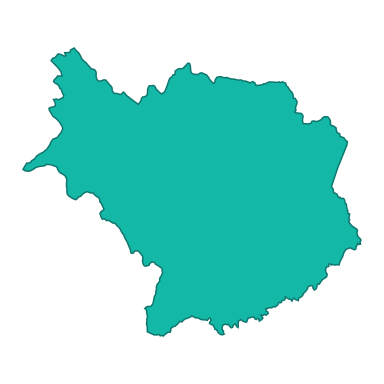 Castro, Paraná, Brazil
{"feature_id": "56859067B62278362506794", "entity_name": "Castro", "entity_type": "district", "adm_level": 2, "iso_a3": "BRA", "parent_name": "Brazil", "parent_adm1": "Paraná", "projection": "natural_earth1", "projection_center": [-49.875, -24.807], "detail": "fine", "context": "isolated", "style": "filled", "palette": "teal", "viewbox_px": 384, "rotation_deg": 0, "n_neighbors": 0, "source": "geoboundaries", "source_scale": "gbopen_adm2", "svg_char_len": 5878}
<svg xmlns="http://www.w3.org/2000/svg" viewBox="0 0 384 384"><path d="M314.4,290.0L316.3,288.6L316.8,287.1L317.1,285.3L318.1,283.8L319.4,284.1L321.0,281.5L322.6,279.5L326.6,276.9L327.2,274.4L325.7,271.6L325.6,268.7L326.9,266.8L328.8,266.4L328.7,264.2L330.3,263.8L331.3,265.1L332.7,264.4L334.2,265.0L336.3,265.0L337.5,264.5L339.0,265.0L339.6,262.8L341.0,259.5L342.3,257.4L344.0,252.4L345.5,250.1L346.5,249.1L350.1,247.8L354.3,249.8L355.8,249.2L356.0,247.0L357.2,245.0L357.6,243.5L358.8,244.4L360.5,244.2L360.0,242.3L361.0,240.1L360.0,238.5L358.2,237.0L357.3,234.8L356.9,232.4L357.5,230.4L356.6,229.0L352.2,226.1L351.0,224.9L348.7,221.7L349.7,219.8L348.8,218.1L349.5,215.5L349.5,213.8L347.9,213.6L347.7,210.4L346.9,208.4L346.2,203.9L344.9,202.7L344.7,200.3L343.6,198.4L341.1,198.5L339.8,197.2L338.6,197.6L336.9,194.1L335.2,193.1L333.6,192.9L333.1,188.9L331.4,186.8L337.5,168.4L346.9,145.0L347.4,141.7L345.1,139.7L343.8,137.7L340.2,136.5L339.7,133.8L337.1,132.6L336.2,129.4L336.0,127.8L333.2,125.9L331.7,125.5L330.5,124.7L330.4,120.9L329.4,118.9L327.9,116.9L324.3,116.7L322.8,117.7L321.1,119.7L318.2,121.2L315.6,121.5L313.5,120.9L312.0,121.3L311.4,122.7L309.8,123.7L307.7,123.9L303.2,123.6L302.6,121.6L302.5,119.2L303.1,116.6L302.5,114.7L301.2,113.4L296.1,112.9L294.7,112.0L296.0,110.3L295.5,108.8L295.8,106.6L296.8,103.8L297.1,101.6L295.3,98.6L293.2,97.8L293.2,95.9L292.6,93.5L291.4,91.7L289.7,90.1L288.0,87.1L286.5,86.0L285.7,83.2L282.4,81.8L280.6,82.7L279.4,81.9L277.2,82.4L269.8,81.9L267.4,82.6L265.7,83.9L264.0,83.7L261.8,84.9L258.1,85.4L255.6,85.0L254.7,82.7L252.6,81.6L249.9,82.9L247.9,81.9L245.0,81.0L243.3,81.1L241.4,80.0L237.2,80.0L235.7,79.4L230.6,78.8L226.6,77.4L225.2,77.8L223.4,77.6L221.0,76.7L219.0,76.8L216.8,77.3L215.2,79.9L214.8,82.3L213.5,83.5L211.7,81.8L209.4,79.1L208.5,77.3L206.5,74.9L201.9,72.9L200.3,73.0L197.7,74.7L196.0,74.3L194.1,74.3L192.1,73.6L191.0,72.0L190.7,70.5L190.3,65.5L189.5,63.4L187.6,63.3L186.3,65.0L182.9,68.4L181.5,68.9L179.8,68.6L177.8,69.1L175.1,71.2L175.1,74.5L172.8,74.9L172.1,76.7L170.3,77.8L169.4,79.1L166.9,86.4L164.7,91.8L161.6,94.0L159.6,92.5L156.2,89.1L155.0,86.6L153.4,85.4L151.2,85.9L149.3,85.8L148.3,87.2L147.7,89.5L147.3,94.6L145.8,96.2L144.0,96.9L142.5,97.0L141.5,98.6L140.9,100.7L139.9,102.4L138.2,104.3L127.0,95.9L125.9,94.8L124.8,93.1L123.2,92.1L121.6,94.1L119.7,94.4L117.2,93.5L114.3,93.4L112.3,91.1L112.0,87.7L111.0,86.0L109.8,85.0L105.7,80.0L103.7,79.9L100.2,81.1L98.2,80.9L96.8,79.3L96.0,75.8L96.2,73.7L96.0,71.7L94.6,69.7L91.0,68.6L86.0,62.7L83.5,60.7L81.6,58.5L80.7,56.3L79.1,53.3L76.1,50.4L74.2,48.0L70.5,50.0L70.2,52.1L68.5,52.6L64.7,52.7L65.8,55.6L64.5,56.2L61.0,54.5L58.2,53.9L55.1,57.5L52.7,58.3L51.1,60.6L57.9,67.6L61.0,71.7L62.0,76.1L57.7,75.9L55.7,78.5L54.5,79.4L53.5,81.4L55.0,83.0L57.2,84.2L58.4,85.4L59.3,86.6L59.7,88.2L61.2,89.4L62.6,93.5L63.7,95.3L63.2,97.5L58.5,99.8L56.9,99.1L53.5,99.5L55.0,102.3L55.5,105.6L53.6,106.9L51.1,107.2L49.0,108.3L49.4,110.4L51.9,114.5L53.4,116.7L55.9,118.4L59.1,121.6L62.2,126.5L62.8,128.9L61.0,132.6L58.5,135.7L57.8,137.0L56.3,137.9L52.9,139.2L50.9,142.1L49.7,144.9L46.6,149.5L44.9,150.6L43.7,152.0L39.7,153.9L38.5,155.0L37.0,155.6L34.5,159.0L31.6,160.7L30.5,162.4L28.5,163.1L26.7,163.1L23.0,169.4L24.8,170.7L27.2,171.1L29.8,171.1L33.4,169.3L36.0,167.4L39.6,166.4L44.7,165.8L46.1,164.5L50.4,164.6L55.7,166.4L57.3,167.5L57.5,169.2L59.7,172.5L63.9,174.9L65.4,176.2L66.9,179.5L66.5,182.9L66.5,187.0L67.0,188.4L66.9,192.1L67.3,194.1L68.3,195.5L70.0,196.8L72.5,198.4L75.7,199.7L77.5,198.5L78.3,196.7L79.7,196.8L81.4,195.6L82.7,194.0L85.1,192.4L87.5,191.7L90.3,192.9L93.0,192.9L94.1,194.3L96.7,196.6L98.3,197.4L99.5,198.8L100.0,202.2L101.3,203.3L104.0,209.2L102.8,210.5L101.1,211.6L99.9,213.5L101.6,218.2L102.6,219.3L104.3,218.7L106.6,220.6L109.0,220.4L111.4,222.2L113.0,223.1L114.9,223.2L117.2,225.8L119.7,228.3L122.0,232.8L123.8,235.1L125.0,238.3L127.1,241.8L130.4,249.9L130.9,252.9L132.2,253.4L133.6,252.9L134.4,251.1L136.6,250.9L138.4,251.0L142.6,256.1L142.8,258.4L142.5,261.6L143.1,263.6L143.9,265.4L145.2,266.2L147.1,265.9L149.2,265.1L149.7,263.6L150.7,262.7L152.4,261.9L154.5,262.4L155.5,264.3L157.4,265.2L161.9,268.4L162.2,271.1L162.6,272.7L161.3,275.9L160.2,277.3L159.6,279.3L159.7,281.2L157.2,284.3L156.4,286.8L156.4,289.5L155.8,291.7L155.8,294.4L154.4,296.2L153.0,303.5L151.8,305.3L150.1,306.6L147.7,306.4L145.9,307.3L144.8,308.6L146.3,309.3L146.9,314.1L147.6,316.9L146.9,318.5L146.9,321.1L146.5,323.2L146.8,325.4L147.3,326.9L147.3,331.8L153.9,334.8L157.0,335.0L158.9,334.4L160.2,335.8L161.7,335.5L163.4,336.0L165.0,334.4L168.2,332.0L170.3,332.2L170.8,330.4L170.6,328.6L173.1,326.7L175.1,326.2L177.6,324.1L178.6,322.7L180.1,321.5L181.9,321.9L182.8,320.8L185.2,318.8L186.6,318.6L190.8,316.8L191.8,315.7L193.4,316.8L195.7,317.9L198.3,317.9L200.0,319.1L202.4,319.8L205.9,319.9L207.3,320.4L208.8,318.5L210.4,318.2L211.0,320.5L210.1,321.7L209.5,323.5L211.3,324.5L213.1,325.1L214.2,327.1L215.0,329.3L216.8,330.0L217.6,331.7L218.9,333.3L220.6,334.5L222.6,334.8L224.2,334.1L223.4,332.8L223.5,331.0L222.1,329.6L222.2,327.5L222.8,325.3L225.3,324.0L226.8,324.7L228.5,324.7L231.0,327.8L232.7,327.2L233.3,324.9L235.6,324.0L236.6,326.6L238.1,327.5L238.4,321.0L241.0,319.7L242.7,321.0L244.8,321.9L246.5,322.2L248.3,317.9L250.2,317.8L251.8,317.1L254.2,317.1L254.7,318.7L256.1,319.5L257.3,318.5L258.6,318.8L259.3,321.1L261.7,319.6L262.9,318.1L260.9,315.1L263.0,315.4L264.5,314.4L266.0,315.2L268.3,313.3L267.7,311.8L266.4,311.3L265.7,308.7L267.4,308.6L268.8,307.7L271.2,307.9L273.5,306.8L275.3,306.9L277.7,305.0L279.2,302.4L281.1,302.7L282.1,300.5L283.8,300.3L285.1,299.3L285.2,296.8L288.6,299.0L290.7,299.4L292.0,301.1L292.7,299.3L294.0,298.2L295.4,299.5L298.3,300.6L298.7,298.2L301.5,296.7L302.6,295.5L303.6,293.3L305.3,291.8L306.6,290.2L307.4,288.9L308.2,286.6L309.8,285.9L311.3,285.6L312.9,286.2L313.0,288.2L314.4,290.0Z" fill="#14b8a6" stroke="#0f766e" stroke-width="1.5"/></svg>